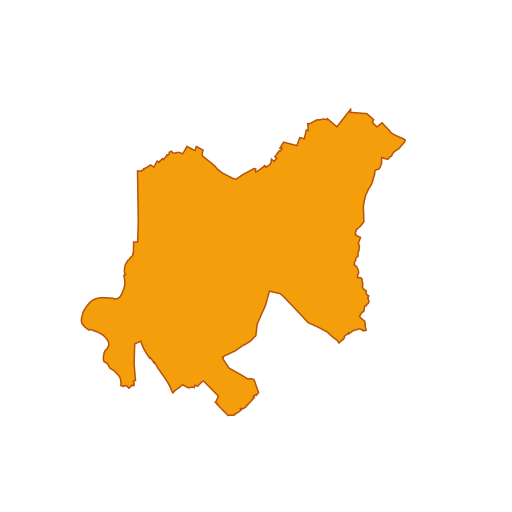 outline of Echt-Susteren, Limburg, Netherlands, rotated 333°
{"feature_id": "6326949B70373820713642", "entity_name": "Echt-Susteren", "entity_type": "district", "adm_level": 2, "iso_a3": "NLD", "parent_name": "Netherlands", "parent_adm1": "Limburg", "projection": "albers", "projection_center": [5.901, 51.082], "detail": "fine", "context": "isolated", "style": "filled", "palette": "amber", "viewbox_px": 512, "rotation_deg": 333, "n_neighbors": 0, "source": "geoboundaries", "source_scale": "gbopen_adm2", "svg_char_len": 5987}
<svg xmlns="http://www.w3.org/2000/svg" viewBox="0 0 512 512"><g transform="rotate(333 256 256)"><path d="M129.4,213.3L129.2,214.4L127.7,218.7L126.8,220.8L125.6,222.7L122.5,225.9L119.2,228.8L117.2,230.1L115.0,231.0L112.7,231.0L110.7,230.2L109.1,228.5L101.4,224.0L99.4,223.0L97.3,222.2L95.2,221.6L92.9,221.2L90.6,221.2L88.3,221.6L86.1,222.2L81.9,224.1L78.0,226.4L75.9,228.1L71.7,233.0L70.8,234.9L70.3,237.6L70.7,239.5L71.4,241.9L72.4,244.0L73.4,246.0L76.1,247.0L77.3,248.7L80.5,252.0L81.8,253.8L83.0,255.8L84.0,257.7L84.8,259.9L85.3,262.1L85.5,264.2L85.3,266.3L84.3,268.7L81.1,271.0L78.6,271.8L76.6,273.4L74.0,277.0L73.0,278.9L72.6,281.2L74.2,283.5L74.9,285.4L74.8,287.8L75.1,290.1L76.4,292.0L77.5,293.8L79.4,300.3L79.6,302.7L79.1,305.0L78.3,307.3L77.3,309.3L76.7,310.0L78.7,312.0L78.8,311.7L78.7,311.4L80.5,312.1L82.3,313.7L82.1,314.1L82.7,316.1L87.4,314.8L87.7,315.8L88.4,316.1L89.1,315.2L89.7,313.6L89.8,312.1L90.1,311.8L90.7,311.7L92.1,312.3L97.6,298.7L98.6,296.6L101.1,291.9L108.0,279.3L114.7,279.6L114.2,282.6L113.9,286.0L113.9,288.2L114.0,291.5L114.9,299.1L115.9,298.9L116.6,304.5L117.2,304.4L117.3,304.8L116.9,304.8L116.9,305.1L116.7,305.1L117.5,307.1L117.7,308.0L117.6,310.2L117.7,311.5L119.5,324.1L119.9,328.2L120.0,330.6L120.0,334.3L119.6,339.7L119.7,340.8L119.8,340.4L121.4,339.5L121.9,339.4L125.1,338.7L128.4,338.3L132.0,337.3L135.0,341.6L135.9,342.7L137.0,343.2L138.9,343.5L140.9,344.8L141.3,345.2L141.9,344.4L142.3,344.3L143.0,343.4L144.5,345.2L144.9,345.5L151.5,343.4L152.0,343.5L152.4,343.7L152.6,343.9L154.7,350.6L158.9,363.8L154.6,367.3L153.3,367.7L153.6,368.5L154.1,369.6L153.9,369.6L154.1,370.9L155.7,375.7L155.9,376.9L156.6,378.5L156.7,379.5L157.2,380.6L158.7,385.4L160.1,385.8L162.1,386.9L163.9,387.7L165.0,387.8L165.0,387.3L168.9,387.3L172.9,386.4L172.8,384.9L173.2,384.8L173.6,384.9L173.8,385.7L174.1,385.9L176.4,386.2L178.3,385.8L180.2,385.1L180.3,384.7L180.9,384.8L186.8,382.7L188.0,382.2L187.7,382.0L187.9,381.8L188.2,382.1L190.4,381.2L189.9,379.9L190.6,379.7L192.1,379.4L192.9,380.3L195.1,379.5L195.1,379.2L195.3,379.2L196.3,378.7L198.0,366.3L198.0,365.7L197.9,365.2L197.5,364.5L196.9,363.9L195.9,363.2L193.1,361.8L192.6,361.4L188.8,355.2L181.3,343.9L181.0,342.9L179.8,332.0L180.8,331.7L180.5,330.9L183.5,330.6L186.1,330.9L191.3,330.9L193.5,331.2L199.9,330.3L204.1,329.7L205.3,329.9L212.0,329.4L214.8,328.6L217.6,327.5L219.4,327.1L219.8,326.8L226.1,317.3L235.9,309.2L240.4,305.7L242.6,303.7L252.0,293.4L260.5,300.6L262.0,304.3L269.3,328.8L272.2,339.1L273.6,340.9L274.9,342.3L280.2,349.2L285.0,356.2L287.7,363.4L290.1,368.3L290.4,371.2L294.6,369.9L294.6,370.1L295.8,370.0L297.9,368.8L298.1,367.6L300.3,367.4L303.4,366.5L303.2,367.5L308.4,366.7L310.7,367.0L312.1,367.4L314.9,367.7L316.5,369.3L317.5,371.4L318.3,371.7L318.5,371.3L320.5,372.2L320.6,371.5L321.2,368.7L321.7,367.5L322.5,365.9L323.3,363.5L321.4,359.3L320.8,356.8L322.6,355.6L324.9,354.3L326.7,354.4L327.9,353.2L328.2,352.3L330.0,350.2L331.0,349.9L331.8,350.4L333.0,349.3L334.2,349.3L334.7,349.1L336.2,347.6L336.5,344.8L336.9,343.6L337.3,343.8L338.3,342.6L337.6,341.6L337.1,339.8L337.3,338.9L338.0,338.1L338.4,336.8L337.4,335.7L337.2,335.2L337.2,334.6L336.7,332.6L336.8,332.1L337.1,331.3L338.0,330.2L338.5,329.1L339.0,327.8L339.2,326.3L339.9,325.2L340.0,324.5L339.7,323.5L338.9,322.6L337.9,322.3L336.6,321.1L338.7,318.5L339.7,317.8L340.1,317.0L340.7,315.1L340.8,314.4L340.8,312.1L340.7,310.9L340.4,309.6L339.5,309.0L339.4,308.5L339.9,307.9L341.0,306.2L342.1,305.5L342.4,305.6L344.3,303.1L346.8,302.5L348.6,299.1L348.9,298.8L349.5,298.6L351.2,296.4L352.5,294.4L352.9,293.3L352.8,291.3L357.5,287.0L354.2,282.4L354.4,282.3L354.7,281.4L354.9,281.4L355.1,281.1L355.1,280.3L355.3,280.0L355.7,279.7L356.3,279.5L357.0,278.2L357.6,277.9L358.4,278.0L359.5,277.5L360.3,277.4L361.4,277.0L362.5,276.9L367.8,274.4L368.7,272.2L371.5,266.4L373.6,261.5L377.4,256.1L379.7,253.5L382.2,250.8L384.4,249.4L385.3,248.4L391.5,244.5L393.8,242.5L395.3,240.5L398.4,237.6L399.1,236.5L400.2,234.6L401.3,234.0L402.4,233.7L404.0,234.3L405.1,234.3L407.2,233.1L408.2,231.9L409.7,230.9L412.6,225.4L414.6,227.4L417.4,229.7L420.1,228.6L422.4,228.4L424.0,226.9L425.4,226.2L428.4,225.5L431.6,225.3L439.5,222.2L441.6,220.6L441.6,220.2L440.5,218.5L434.7,211.4L432.4,207.8L432.2,207.2L431.8,204.6L429.3,196.6L428.9,194.6L427.8,194.7L422.4,195.9L420.3,189.9L422.7,188.0L420.8,183.1L420.7,182.7L419.3,179.4L405.7,171.1L405.2,171.0L406.5,169.2L406.8,168.6L406.9,168.2L386.7,177.6L386.6,177.3L381.9,166.0L380.8,166.6L379.1,165.0L377.0,164.2L375.5,163.9L371.5,162.2L364.7,162.6L362.1,161.6L360.7,165.2L359.3,167.9L358.1,166.7L357.9,166.6L352.4,173.4L348.7,170.4L342.6,176.2L332.2,167.1L326.3,170.7L328.1,171.9L325.6,173.5L324.8,172.8L321.8,174.0L322.0,174.4L317.9,176.0L318.1,176.9L318.7,178.4L315.1,179.9L313.7,176.7L311.5,179.9L311.4,180.2L308.6,181.1L305.7,181.4L305.4,181.4L304.8,180.9L305.3,180.5L304.6,179.3L303.3,179.9L297.3,180.9L293.9,181.2L294.2,179.8L294.7,179.0L295.3,178.4L294.0,177.2L280.8,177.5L280.6,177.6L272.9,178.5L270.9,176.7L263.8,166.9L263.3,165.9L261.9,162.6L261.5,162.7L259.9,156.4L254.0,143.1L253.8,143.0L254.2,141.0L254.8,140.1L256.9,137.7L253.7,133.0L252.8,131.4L253.0,130.9L249.5,134.4L247.4,131.6L247.5,131.5L244.2,127.0L238.4,130.9L237.0,131.6L235.5,129.8L234.5,128.8L234.0,128.5L232.5,127.9L229.9,127.3L229.1,127.0L228.7,126.4L228.5,125.8L228.3,124.2L225.7,124.2L225.3,125.2L224.8,125.8L223.7,126.2L223.1,126.0L222.5,125.4L221.8,126.2L217.3,128.0L216.9,126.8L213.2,127.9L212.2,128.5L211.1,126.5L205.3,130.5L203.4,127.0L198.7,127.5L195.3,127.3L195.2,128.2L192.6,127.9L192.2,128.4L189.1,126.3L167.7,169.9L165.6,174.0L156.8,189.9L154.4,188.6L153.3,188.0L152.9,188.4L152.5,189.6L148.6,196.8L147.6,198.1L147.5,197.9L147.0,198.6L147.1,198.8L146.6,199.4L145.5,199.9L143.4,200.4L143.5,200.6L142.0,201.1L141.1,201.7L139.9,201.7L139.5,201.9L138.4,202.8L136.8,203.6L135.8,204.3L135.0,205.1L133.8,206.7L131.9,209.5L130.9,213.0L131.3,213.3L131.3,213.5L129.4,213.3Z" fill="#f59e0b" stroke="#b45309" stroke-width="1.5"/></g></svg>